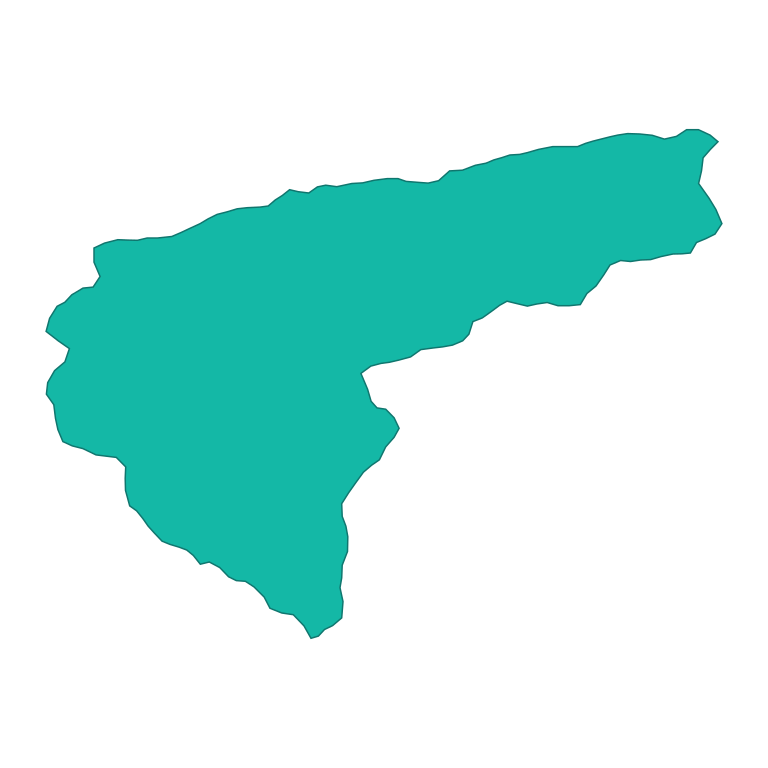 Natércia, Minas Gerais, Brazil (Equal Earth projection)
{"feature_id": "56859067B44259547062603", "entity_name": "Natércia", "entity_type": "district", "adm_level": 2, "iso_a3": "BRA", "parent_name": "Brazil", "parent_adm1": "Minas Gerais", "projection": "equal_earth", "projection_center": [-45.499, -22.144], "detail": "fine", "context": "isolated", "style": "filled", "palette": "teal", "viewbox_px": 768, "rotation_deg": 0, "n_neighbors": 0, "source": "geoboundaries", "source_scale": "gbopen_adm2", "svg_char_len": 2317}
<svg xmlns="http://www.w3.org/2000/svg" viewBox="0 0 768 768"><path d="M62.9,441.6L72.3,445.9L82.9,448.6L96.0,454.9L116.3,457.4L125.7,466.9L125.2,478.4L125.5,490.4L129.7,505.9L136.6,510.8L142.8,518.5L148.2,526.2L154.6,533.3L162.1,541.2L170.0,544.4L178.6,547.0L186.7,550.0L193.3,555.4L200.3,564.2L209.3,562.0L219.8,567.6L228.6,576.8L236.3,580.6L245.4,581.3L254.0,586.9L264.2,597.1L270.0,608.3L281.8,613.0L293.3,614.7L304.0,625.9L311.0,638.3L318.4,636.1L324.5,629.5L332.6,625.6L341.7,617.9L343.0,601.6L340.0,587.7L341.7,577.9L342.2,565.2L347.5,551.5L347.8,536.7L345.9,526.2L342.2,516.4L341.7,503.7L348.6,492.8L355.6,482.9L363.4,472.2L371.6,465.2L379.4,459.8L385.7,446.9L394.1,437.3L399.1,428.3L394.1,417.8L385.7,409.2L377.0,407.9L371.1,401.3L367.6,389.3L360.9,373.4L370.8,366.1L381.0,363.4L389.3,362.3L398.8,360.1L410.6,356.9L420.8,349.6L433.6,347.9L442.5,346.9L452.5,345.1L462.7,340.8L468.9,334.2L472.9,321.6L482.3,317.9L491.0,311.7L499.6,305.3L507.0,301.2L516.9,303.6L527.4,306.1L536.8,304.0L547.2,302.5L557.9,305.7L569.3,305.7L580.3,304.6L586.9,293.5L596.0,286.0L603.8,274.8L610.0,265.0L620.6,260.5L630.5,261.5L640.7,260.0L650.6,259.6L660.9,256.6L673.0,254.0L682.1,253.8L690.4,253.0L696.5,242.5L705.9,238.6L715.0,234.1L721.9,223.6L715.9,209.5L709.1,198.3L698.6,183.5L701.5,170.9L703.1,157.8L710.4,149.4L718.0,141.7L710.1,135.1L698.5,129.7L686.6,129.7L676.4,136.4L664.4,139.1L652.3,135.3L639.8,134.0L627.6,133.6L617.7,135.1L610.1,136.8L601.0,139.1L593.1,141.1L585.5,143.4L577.6,146.6L567.2,146.6L552.8,146.6L538.6,149.4L527.1,152.7L519.8,154.4L509.9,155.0L502.0,157.6L493.9,159.9L486.0,163.2L475.3,165.3L462.4,170.2L449.6,170.9L438.6,180.7L428.2,183.1L418.7,182.4L406.1,181.4L398.0,178.6L387.3,178.6L374.0,180.3L362.6,182.9L351.9,183.5L336.8,186.7L325.7,185.2L317.4,186.9L308.8,193.0L298.2,191.7L289.6,189.7L282.3,195.5L275.2,200.0L268.2,206.0L260.0,207.1L247.3,207.7L237.2,208.8L226.5,212.0L217.1,214.4L208.4,218.7L199.8,223.8L189.6,228.5L180.9,232.6L171.8,236.5L157.6,238.0L147.2,238.0L137.5,240.3L128.0,240.1L117.8,239.7L104.5,243.1L94.0,248.0L94.0,262.2L100.1,276.5L93.1,287.1L83.0,288.1L71.8,294.8L64.8,302.3L57.1,306.3L49.6,318.3L46.1,331.4L58.2,340.8L69.4,348.6L64.9,361.9L54.6,370.6L47.7,382.6L46.4,394.2L53.8,404.7L55.5,418.4L57.9,429.6L62.9,441.6Z" fill="#14b8a6" stroke="#0f766e" stroke-width="1.5"/></svg>